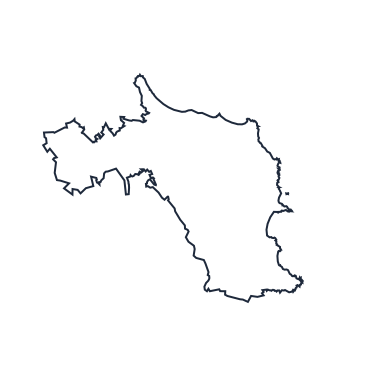 Overberg, Western Cape, South Africa (orthographic projection), rotated 229°
{"feature_id": "47623444B61406186088349", "entity_name": "Overberg", "entity_type": "district", "adm_level": 2, "iso_a3": "ZAF", "parent_name": "South Africa", "parent_adm1": "Western Cape", "projection": "orthographic", "projection_center": [19.752, -34.228], "detail": "fine", "context": "isolated", "style": "outline", "palette": "slate", "viewbox_px": 384, "rotation_deg": 229, "n_neighbors": 0, "source": "geoboundaries", "source_scale": "gbopen_adm2", "svg_char_len": 6055}
<svg xmlns="http://www.w3.org/2000/svg" viewBox="0 0 384 384"><g transform="rotate(229 192 192)"><path d="M72.4,162.1L74.8,168.4L69.9,172.6L67.0,178.2L69.7,178.4L69.6,180.5L71.7,180.8L69.4,184.3L68.4,183.7L68.4,185.3L66.8,186.1L65.8,187.3L65.4,187.2L65.1,188.9L64.0,189.7L63.2,189.5L62.5,190.5L61.4,190.5L61.5,192.1L60.5,193.2L58.3,192.4L58.9,195.4L57.3,196.8L57.0,197.9L52.6,199.5L51.2,202.1L51.6,203.4L50.3,202.9L50.6,204.4L50.1,205.0L50.4,205.5L51.1,205.3L50.7,206.3L51.5,207.4L51.3,208.3L51.9,209.2L52.8,209.5L52.5,210.6L50.0,211.1L51.1,212.4L50.7,213.5L51.2,213.8L51.2,214.9L52.3,215.3L52.2,216.0L51.6,216.1L52.2,216.5L52.2,217.2L53.4,217.2L52.9,216.0L54.4,215.6L55.2,216.5L55.9,216.5L55.5,217.2L55.9,217.7L56.0,217.2L56.8,217.3L56.1,216.1L56.3,215.1L58.3,214.2L60.7,215.3L61.3,215.0L60.9,214.6L61.2,214.0L61.8,214.1L62.3,212.8L63.1,212.4L64.7,212.6L66.1,212.1L70.0,213.2L71.4,212.6L72.7,210.9L74.3,210.1L76.4,210.7L78.4,210.2L78.9,210.5L79.2,209.8L79.9,209.7L83.3,211.2L87.7,214.5L90.5,218.0L90.6,218.7L89.6,219.5L89.6,220.2L90.3,220.8L90.0,221.3L91.9,221.6L92.8,222.4L96.5,221.2L96.7,221.9L97.9,221.8L99.4,223.3L100.7,223.1L100.7,224.3L102.6,224.6L103.5,224.3L103.7,223.4L104.9,222.3L105.9,222.3L106.9,220.8L109.9,220.1L114.7,223.5L118.4,228.2L121.6,234.5L123.3,240.8L121.3,242.9L119.9,243.5L119.8,244.5L120.1,244.4L118.6,246.3L119.1,247.0L119.0,247.7L118.2,247.9L118.2,247.5L116.8,251.1L114.6,251.5L113.4,252.4L113.3,253.3L112.1,254.5L112.8,254.4L112.9,254.8L112.4,254.9L112.4,255.0L114.0,255.0L115.3,253.4L116.3,253.9L117.2,253.6L118.4,254.1L119.4,253.9L120.5,252.2L123.2,252.1L123.1,251.7L124.1,252.1L126.2,250.8L127.5,250.9L128.8,251.6L130.7,254.0L132.5,258.4L135.3,259.2L135.8,259.5L135.7,259.9L136.0,259.5L137.4,259.6L137.8,260.4L138.5,260.2L138.2,260.9L138.7,260.6L138.5,260.9L141.5,260.8L143.0,262.3L142.7,263.7L144.2,264.0L144.0,264.5L144.7,264.8L144.5,265.6L145.3,267.2L146.8,267.4L147.3,268.3L148.5,268.6L147.7,269.2L148.3,269.7L149.9,269.7L150.1,269.1L150.6,269.3L151.0,270.1L150.7,270.6L151.4,270.6L151.6,271.3L151.2,272.5L152.2,272.5L151.6,272.9L151.7,273.2L152.5,273.2L153.1,274.2L155.0,273.5L155.8,273.8L157.0,276.1L157.0,277.3L156.1,277.8L156.6,278.1L157.6,277.8L157.5,278.2L158.2,278.7L158.8,278.6L158.5,278.4L158.8,278.2L159.9,278.4L159.5,278.6L159.8,279.0L160.0,278.5L161.6,278.2L160.9,277.2L162.2,276.4L162.5,275.5L164.2,275.0L170.5,276.4L173.2,275.3L177.1,275.8L180.3,274.9L180.6,275.4L183.7,276.0L184.6,275.5L185.5,275.8L186.5,275.5L188.2,276.6L188.8,278.0L190.5,278.4L193.0,280.3L195.5,283.4L197.2,283.1L197.6,284.1L198.7,284.5L198.3,285.1L199.5,284.7L201.1,286.0L203.6,286.2L204.7,285.8L204.4,285.3L205.0,284.6L206.4,284.7L206.8,283.1L209.7,283.1L211.0,281.8L211.0,281.2L209.6,280.7L209.0,279.7L209.0,276.9L210.2,274.2L213.1,271.0L218.2,267.6L224.3,264.7L230.7,263.5L233.1,264.1L232.9,262.3L232.6,262.0L233.1,260.6L232.7,260.3L232.7,259.4L234.5,256.9L237.2,255.2L245.1,251.5L247.5,248.4L254.1,245.5L255.9,242.9L257.1,239.6L259.2,236.9L265.8,232.3L271.4,229.8L277.1,228.1L285.9,226.8L289.8,226.9L290.7,227.3L292.3,227.0L296.1,227.7L296.8,227.1L297.6,227.8L303.3,228.7L308.3,230.5L310.6,230.2L311.8,230.9L312.9,229.4L314.6,229.6L314.1,228.5L314.9,227.4L314.6,227.0L314.9,226.8L314.4,224.4L314.7,223.9L313.0,222.7L312.0,220.6L312.2,219.8L308.3,219.4L305.6,220.5L301.5,218.3L297.5,217.2L293.8,213.5L291.8,212.7L291.2,210.7L289.0,211.2L287.3,211.0L286.3,212.0L285.5,212.1L284.8,211.7L283.9,210.4L283.0,210.2L279.8,211.5L279.7,210.9L280.7,208.8L280.8,207.2L283.0,206.0L282.5,203.8L279.1,204.1L278.8,203.1L278.0,202.6L276.1,204.0L275.8,203.3L276.7,200.7L280.2,199.2L285.1,194.6L285.3,193.2L287.1,191.6L292.3,188.3L293.1,190.0L295.7,187.3L292.8,185.5L288.7,186.1L287.4,183.4L286.2,184.1L286.8,180.0L287.7,179.3L285.8,177.8L286.7,175.3L286.6,173.8L285.5,171.9L285.7,170.1L288.3,170.6L291.7,170.4L292.2,170.7L292.5,172.5L293.9,171.0L293.8,170.5L300.4,172.0L298.6,168.0L299.5,167.3L297.1,165.8L296.4,162.6L293.4,163.0L292.7,157.9L294.9,158.4L294.8,159.4L295.1,159.6L297.3,159.7L297.1,157.9L297.7,156.7L297.3,155.0L296.0,154.7L294.2,155.3L294.5,153.7L292.9,153.1L293.9,151.8L293.8,150.7L294.5,150.5L294.5,149.8L307.3,148.6L308.6,147.7L309.0,147.7L309.9,151.7L311.8,152.8L311.9,151.5L313.4,151.3L315.2,150.0L316.6,151.4L322.2,149.8L324.1,151.1L323.8,149.0L324.4,145.5L326.3,141.9L322.6,139.9L324.2,138.3L327.0,127.0L328.1,126.7L334.0,119.3L330.2,116.7L328.3,117.1L324.2,114.3L324.9,110.4L317.3,109.2L317.9,113.1L306.9,112.6L308.1,110.0L307.8,108.6L303.7,108.9L296.5,100.9L289.6,97.9L287.0,100.1L279.2,104.9L278.7,97.8L268.5,100.1L272.6,103.8L268.6,107.1L264.1,107.0L264.5,114.4L261.2,121.4L269.8,125.9L265.4,129.0L263.8,128.3L263.8,127.5L261.5,126.5L260.6,127.0L258.4,127.1L260.3,128.5L259.5,129.5L260.3,131.2L260.4,134.4L263.7,137.9L263.9,139.4L263.9,140.3L262.7,142.0L259.5,150.0L245.1,148.6L233.5,140.5L231.9,142.8L236.5,147.3L239.7,149.8L239.4,149.2L241.5,150.8L245.5,152.3L244.2,155.5L245.0,156.7L243.7,156.7L242.8,157.3L242.4,158.6L242.8,161.0L240.6,163.0L239.7,162.7L239.2,162.6L239.8,162.9L240.1,164.4L241.1,164.3L241.7,165.8L240.0,166.5L240.0,168.7L242.5,168.5L240.7,170.6L237.9,170.5L238.3,172.9L235.3,172.9L234.9,174.7L231.7,173.7L232.8,171.2L229.3,170.1L228.6,172.0L227.3,172.2L227.3,171.5L221.2,169.6L220.9,169.2L222.4,168.3L229.2,168.6L229.6,166.6L229.0,164.6L228.0,163.6L228.4,162.6L226.1,161.0L225.4,162.5L222.7,163.3L221.4,165.6L213.5,166.4L207.4,165.6L204.2,166.2L204.5,170.5L204.1,170.9L201.7,169.6L201.4,168.4L191.0,168.1L188.4,166.6L178.7,164.9L171.5,164.7L168.9,162.7L166.3,163.9L164.4,163.5L161.9,157.7L156.8,156.7L150.2,158.2L147.2,156.6L142.9,151.5L139.5,151.9L132.9,156.3L129.1,155.2L120.7,151.9L119.0,149.4L117.4,149.9L116.0,148.9L115.2,148.1L114.4,146.2L114.1,142.9L112.4,139.2L109.9,137.6L107.3,138.2L108.2,140.9L105.4,140.4L100.7,148.7L98.7,148.2L95.3,152.0L92.8,149.6L90.3,150.5L79.5,157.9L77.5,159.8L72.4,162.1ZM128.5,261.9L128.4,262.3L127.5,263.0L127.9,263.2L129.1,262.2L128.5,261.9ZM128.4,263.2L128.0,263.6L127.3,263.5L128.0,263.8L128.4,263.2Z" fill="none" stroke="#1e293b" stroke-width="2"/></g></svg>